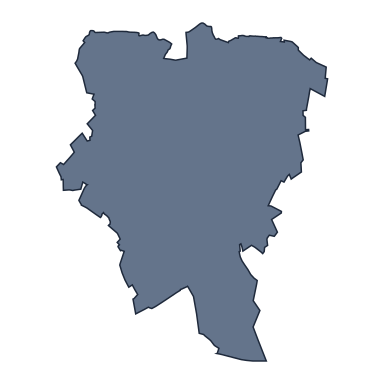 the district of Tu Son, Bắc Ninh, Vietnam
{"feature_id": "81297802B85996690558528", "entity_name": "Tu Son", "entity_type": "district", "adm_level": 2, "iso_a3": "VNM", "parent_name": "Vietnam", "parent_adm1": "Bắc Ninh", "projection": "natural_earth1", "projection_center": [105.957, 21.118], "detail": "fine", "context": "isolated", "style": "filled", "palette": "slate", "viewbox_px": 384, "rotation_deg": 0, "n_neighbors": 0, "source": "geoboundaries", "source_scale": "gbopen_adm2", "svg_char_len": 4908}
<svg xmlns="http://www.w3.org/2000/svg" viewBox="0 0 384 384"><path d="M63.3,186.7L63.4,190.3L68.8,189.9L69.7,189.9L72.8,190.5L74.5,190.1L80.8,189.2L82.8,182.1L83.5,182.5L85.9,183.9L86.0,184.2L86.2,184.6L86.4,184.8L87.1,184.8L85.6,186.3L84.3,188.4L79.8,198.4L79.0,200.1L78.9,200.4L79.1,200.8L80.7,203.6L81.3,204.5L81.3,205.1L84.3,206.6L86.4,207.7L86.9,208.0L90.7,210.7L95.9,214.4L100.4,217.5L101.0,216.9L101.8,215.4L101.9,214.3L102.3,213.8L102.8,213.4L103.5,212.6L104.3,213.9L104.8,214.4L105.3,214.5L105.5,214.7L106.3,215.4L107.4,216.3L108.5,217.6L109.0,218.1L109.1,218.9L109.7,220.3L110.1,221.1L110.3,221.9L110.2,222.9L109.9,224.3L109.5,224.5L108.8,225.0L108.4,225.5L112.2,228.8L117.0,232.9L117.6,233.7L118.9,236.4L120.2,239.1L117.2,242.4L119.4,244.8L118.1,246.1L118.0,246.7L120.5,250.7L121.2,250.3L124.2,251.3L121.8,258.6L120.3,263.1L120.0,264.2L119.8,265.1L122.1,272.8L125.0,280.0L128.8,287.2L132.3,284.9L134.9,289.8L137.7,294.5L135.0,297.5L133.9,298.7L133.0,299.1L135.7,313.9L139.0,312.2L144.4,309.4L148.4,307.2L149.6,307.8L151.8,308.5L152.0,308.4L154.6,307.0L155.7,306.4L165.4,300.1L176.7,292.5L180.3,290.3L180.3,289.6L181.0,289.2L181.4,289.2L182.1,288.9L183.7,288.1L183.8,288.1L187.3,286.5L187.5,286.3L187.9,286.8L188.0,286.9L193.5,296.5L196.6,313.9L199.2,333.3L203.6,334.5L205.1,336.0L209.1,339.2L210.7,340.6L214.1,345.1L215.2,346.0L218.9,348.3L217.4,352.9L217.3,353.3L216.8,353.5L220.0,354.1L241.3,359.6L246.6,360.4L253.0,361.0L266.3,361.0L257.8,339.4L253.1,327.0L259.9,310.5L253.7,301.4L253.2,300.8L256.3,285.7L256.8,283.1L257.2,280.5L254.0,278.1L250.7,274.5L247.9,269.6L245.0,265.4L242.1,261.0L240.3,257.0L239.6,254.1L239.2,251.6L240.2,251.1L239.6,244.6L240.9,243.8L241.9,246.7L242.9,251.1L251.5,245.3L254.8,247.2L260.9,251.9L262.7,253.6L264.2,251.6L264.6,247.4L267.6,245.4L266.9,239.5L267.2,238.1L269.3,235.2L274.3,236.3L275.9,234.2L277.4,232.2L271.6,219.5L281.3,213.0L281.4,211.4L271.0,206.0L268.2,205.7L272.6,196.2L275.7,189.9L276.8,189.2L281.1,180.7L284.0,182.1L287.6,176.0L289.3,174.4L291.2,179.1L293.4,177.5L301.4,172.0L300.9,162.8L303.2,159.9L302.0,153.5L299.9,142.8L298.1,135.0L305.4,131.3L308.7,130.9L308.6,129.5L305.5,129.7L305.4,117.3L303.1,115.4L303.0,112.2L303.0,110.8L306.4,110.3L306.5,108.9L308.8,96.5L309.8,90.2L310.0,90.1L310.2,88.6L324.7,96.4L327.2,81.4L327.6,78.8L325.2,78.3L326.2,67.1L316.2,62.5L311.2,58.2L309.6,59.9L303.6,55.3L298.7,50.5L298.3,50.0L298.3,47.5L297.3,46.5L292.2,41.9L290.9,41.5L284.1,40.2L284.3,42.0L280.4,41.5L281.7,38.3L281.0,37.5L280.7,37.5L280.4,37.5L278.8,37.7L277.5,37.8L275.9,37.8L274.9,37.8L274.1,37.9L273.4,37.8L272.3,38.0L271.5,38.0L270.7,38.0L269.5,38.2L269.1,38.3L268.4,38.2L267.4,38.2L267.4,37.9L267.2,37.7L266.3,37.7L265.8,37.6L266.1,36.8L265.0,36.8L264.1,36.8L262.6,36.6L259.8,36.5L257.7,36.3L256.4,36.3L255.5,36.1L254.9,36.1L254.6,36.2L254.1,36.2L251.4,36.0L250.9,35.9L249.5,35.9L249.3,36.0L249.1,36.1L249.1,36.4L249.0,36.5L248.8,36.5L248.0,36.4L246.9,36.4L246.0,36.4L245.5,36.2L244.7,36.0L244.3,36.0L244.2,35.8L244.0,35.6L242.8,35.5L242.5,35.5L241.8,35.5L241.3,35.6L241.0,35.7L240.7,35.7L239.7,35.8L239.3,35.8L238.7,35.8L238.4,35.9L238.4,37.3L238.4,37.9L238.3,38.2L237.1,38.2L236.8,38.0L236.0,37.8L235.3,37.8L234.8,38.1L233.0,39.2L232.6,39.3L231.3,40.2L228.7,41.3L228.3,42.6L220.1,39.6L218.5,38.5L217.8,38.9L216.6,39.2L215.7,39.2L215.0,38.4L214.4,37.1L213.2,34.9L212.4,32.9L211.9,30.8L211.7,28.1L211.4,26.9L210.9,26.5L209.8,26.5L207.9,26.3L206.7,25.9L204.7,24.0L203.9,23.6L203.1,23.1L201.9,23.0L200.7,23.4L199.6,24.1L195.2,27.6L190.3,31.0L188.5,32.1L186.0,32.4L186.1,34.3L187.2,45.9L187.2,48.2L186.9,58.1L177.2,59.9L175.7,60.2L175.0,60.1L170.1,59.2L165.5,58.7L163.7,58.4L165.4,54.4L166.0,53.6L167.2,52.1L168.0,50.2L168.4,49.6L168.9,49.4L169.9,48.7L170.3,47.7L170.8,45.8L171.2,45.0L171.7,44.0L169.7,42.4L168.5,41.7L164.1,39.3L162.8,39.2L160.6,39.9L159.2,39.9L158.2,39.5L157.2,38.1L155.8,34.6L154.5,32.9L153.4,32.1L152.1,32.3L150.2,33.4L149.0,34.5L148.1,35.1L146.1,35.4L144.8,35.4L143.0,35.0L140.4,35.6L139.2,35.8L138.8,35.4L138.8,34.8L139.0,33.7L139.0,33.2L138.6,32.9L136.9,32.5L134.5,32.3L130.4,32.2L128.6,32.0L127.1,31.6L126.9,31.6L126.4,31.5L124.8,31.5L122.2,31.4L118.2,31.4L115.7,31.4L113.8,31.4L111.0,31.9L109.2,32.3L108.4,32.8L107.1,32.9L104.8,32.3L104.2,32.2L95.6,32.5L94.6,32.1L94.1,31.3L93.7,30.9L92.9,30.7L92.0,30.6L90.8,30.6L90.2,31.0L89.6,32.2L89.3,34.2L89.0,34.8L88.4,35.3L86.0,36.6L85.0,37.8L83.1,40.8L84.7,42.5L83.9,43.5L79.6,48.5L79.2,49.9L78.9,52.4L77.6,59.0L76.6,61.2L75.1,63.2L77.4,67.2L82.4,75.7L82.8,76.8L86.4,91.4L86.8,92.8L94.0,94.2L92.2,99.0L95.1,101.5L95.1,104.8L94.9,104.8L95.0,106.5L95.1,108.1L92.6,110.5L95.5,115.3L87.2,123.8L92.6,130.5L91.7,136.2L89.8,137.1L90.0,140.3L87.2,141.0L82.2,133.2L79.4,135.9L73.7,141.6L70.4,144.8L74.3,152.2L70.0,157.3L67.4,160.2L63.6,164.5L60.4,162.7L56.4,166.9L59.3,173.3L61.0,176.7L61.3,179.8L63.1,179.5L63.2,180.9L63.3,186.7Z" fill="#64748b" stroke="#1e293b" stroke-width="1.5"/></svg>